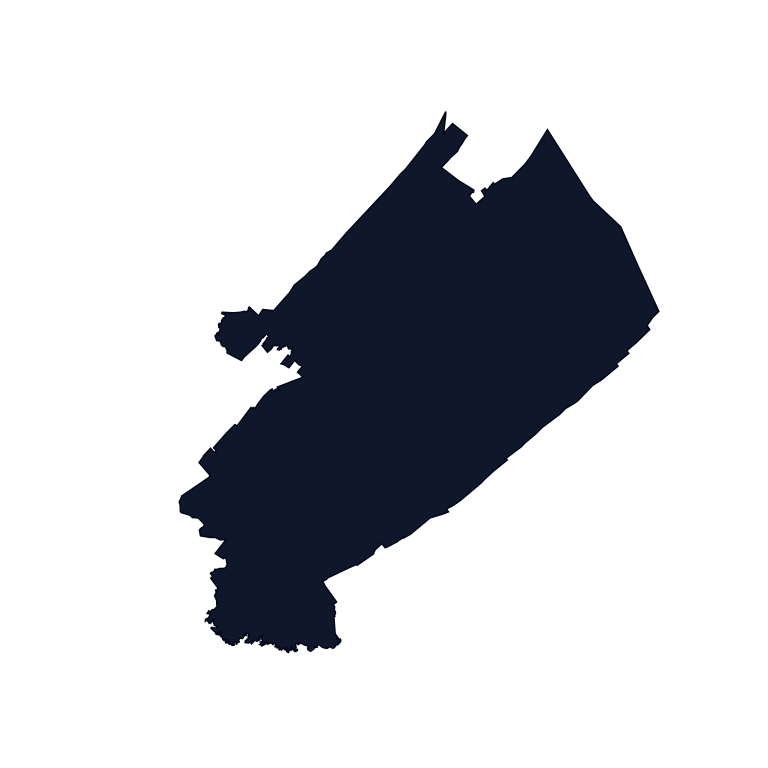 outline of Ciudad Valles, San Luis Potosí, Mexico, rotated 54°
{"feature_id": "50627088B67869096393149", "entity_name": "Ciudad Valles", "entity_type": "district", "adm_level": 2, "iso_a3": "MEX", "parent_name": "Mexico", "parent_adm1": "San Luis Potosí", "projection": "natural_earth1", "projection_center": [-99.028, 22.078], "detail": "fine", "context": "isolated", "style": "filled", "palette": "ink", "viewbox_px": 768, "rotation_deg": 54, "n_neighbors": 0, "source": "geoboundaries", "source_scale": "gbopen_adm2", "svg_char_len": 6170}
<svg xmlns="http://www.w3.org/2000/svg" viewBox="0 0 768 768"><g transform="rotate(54 384 384)"><path d="M239.5,324.9L244.9,347.6L244.2,354.0L245.2,355.7L245.8,360.9L249.2,368.4L249.5,372.2L249.3,377.4L250.4,383.6L251.3,398.5L254.6,406.6L259.8,430.1L252.5,438.3L255.2,445.4L242.6,447.7L242.6,448.6L244.2,450.0L244.9,452.4L242.6,455.1L242.6,455.8L240.8,459.3L237.8,464.1L230.8,472.8L231.7,473.8L235.1,471.9L236.6,473.2L236.1,474.9L237.1,478.1L238.4,478.7L239.3,481.3L238.2,481.6L238.5,482.8L241.3,484.4L242.8,483.5L245.1,486.8L244.7,489.6L245.2,490.0L245.8,489.2L246.7,489.1L245.4,491.5L245.8,492.5L250.6,493.8L253.0,491.2L253.5,491.7L254.2,491.5L256.6,492.5L258.8,492.3L260.4,490.4L265.0,491.3L266.6,492.7L281.3,485.4L280.0,481.7L278.1,464.0L276.5,458.7L275.2,456.5L275.4,454.3L274.3,449.4L278.4,449.3L278.0,451.3L278.4,452.3L278.8,452.2L280.3,457.8L281.4,457.3L281.2,460.0L289.8,459.6L289.4,454.5L288.1,451.3L288.9,449.2L290.0,448.4L290.5,446.5L291.4,446.0L292.1,446.4L293.3,449.9L293.1,450.3L295.0,448.8L294.7,447.1L295.3,446.9L294.5,445.1L295.8,439.5L299.5,440.5L300.3,438.9L300.9,438.9L302.4,437.8L303.6,440.2L305.3,441.0L306.5,444.3L304.2,444.7L307.2,455.5L308.7,454.0L314.9,451.3L312.4,442.4L318.6,441.4L318.4,440.9L321.9,439.7L323.0,445.2L323.8,447.1L326.7,446.2L330.3,445.8L330.4,445.4L330.9,445.4L323.8,472.0L326.0,471.6L327.2,471.9L326.3,472.5L325.0,472.5L324.5,477.5L323.4,477.9L322.5,477.3L322.0,479.1L323.1,488.0L325.8,497.3L328.0,502.6L326.0,503.6L326.8,505.1L324.8,505.5L331.5,527.1L329.2,528.7L331.0,539.8L335.4,559.4L339.7,558.9L339.5,561.6L334.0,562.1L336.1,572.4L336.9,573.6L338.8,579.8L355.5,578.4L356.7,580.5L355.7,613.5L357.3,615.6L359.1,619.1L362.3,620.1L367.1,623.5L368.8,623.7L376.1,618.1L379.4,617.5L382.7,613.6L383.8,612.9L391.1,611.9L392.5,612.4L393.3,613.5L393.1,616.8L393.6,619.2L399.0,621.7L405.9,614.9L408.9,610.8L413.8,608.2L415.3,605.8L417.4,603.8L417.6,605.3L421.9,620.3L430.9,616.7L431.4,613.9L438.0,617.0L438.4,618.4L439.7,619.4L438.9,622.3L436.7,625.3L435.9,628.0L434.5,629.8L435.6,631.4L435.7,632.8L435.0,634.3L435.2,635.8L438.8,635.6L439.5,636.3L439.7,637.6L439.0,637.6L439.4,638.3L450.0,638.3L450.6,637.2L452.9,640.8L451.8,641.3L451.9,641.6L453.8,641.9L455.7,645.5L461.1,646.7L463.9,648.8L465.8,649.7L466.6,653.5L465.6,656.1L466.2,657.9L465.6,658.7L464.6,659.0L465.7,662.0L467.9,659.8L468.6,660.7L469.5,662.1L470.0,664.7L469.5,666.4L469.8,667.1L470.9,667.9L470.8,667.1L471.3,666.3L473.0,665.8L474.6,666.1L475.5,665.5L475.2,663.5L473.8,661.1L474.6,660.1L475.8,660.5L475.6,662.0L477.1,661.7L477.7,662.6L478.6,662.1L479.3,663.1L482.8,661.4L483.1,661.8L482.9,663.0L482.3,663.9L479.5,666.6L479.7,667.3L480.3,667.5L486.0,666.4L487.9,666.9L488.8,665.9L487.9,665.5L488.4,664.8L488.0,662.3L489.4,662.6L489.4,663.1L490.0,663.3L489.6,664.4L489.9,665.0L491.4,663.8L492.3,664.5L493.8,663.7L495.9,664.5L497.3,664.3L497.5,662.8L498.7,661.8L499.1,663.8L500.3,664.2L500.7,664.0L500.8,662.9L501.9,662.4L501.1,661.6L501.2,661.0L502.7,661.0L503.3,662.2L503.7,662.3L504.3,660.7L506.3,660.5L507.0,659.2L507.1,658.6L506.7,658.1L505.1,658.6L505.6,656.3L506.7,655.4L507.5,656.4L507.8,656.1L507.0,653.7L507.6,652.9L507.4,652.6L506.2,652.6L505.6,651.6L504.8,651.2L505.5,649.3L506.6,648.3L506.7,647.8L505.8,645.5L504.8,645.1L505.7,644.4L505.7,643.6L506.6,643.0L505.1,642.6L504.5,643.3L504.1,642.6L504.2,641.8L506.8,640.7L507.2,639.9L507.7,641.2L509.8,643.2L510.5,647.6L511.6,648.3L514.0,645.7L514.1,643.8L515.5,643.9L514.4,643.0L514.3,641.9L516.1,642.7L515.9,641.2L515.3,640.7L516.0,638.6L517.6,637.9L517.0,636.0L517.8,636.0L518.0,634.9L517.0,634.1L516.8,633.3L515.5,633.0L516.7,631.5L515.8,630.6L516.0,630.0L517.2,630.8L518.4,632.9L519.5,632.6L520.8,633.6L520.0,635.9L521.9,636.3L521.8,637.6L522.9,636.8L524.1,636.9L524.4,634.8L523.7,634.8L524.6,633.6L524.4,633.3L523.4,633.3L523.9,632.0L523.5,630.9L524.8,631.9L524.7,630.1L525.3,629.9L526.2,630.8L527.0,627.4L528.0,626.9L528.8,627.3L529.5,627.0L529.3,625.5L529.7,624.5L530.3,624.9L531.6,624.2L532.5,624.6L531.9,625.9L532.3,626.6L533.6,625.6L534.7,625.7L535.1,624.2L534.5,623.9L534.7,623.4L536.2,624.1L537.1,623.7L536.9,624.9L537.5,625.0L537.9,623.5L539.1,623.3L538.3,621.2L539.6,619.3L539.4,618.4L540.2,618.7L540.4,620.5L541.1,619.9L540.9,618.1L541.2,617.7L542.0,618.0L542.5,619.8L543.6,619.9L545.1,619.1L544.9,618.4L543.9,618.0L543.3,616.3L544.6,616.1L544.8,615.3L542.7,614.6L542.4,613.8L542.7,613.1L544.7,613.7L547.9,613.4L548.6,612.4L548.7,611.3L548.6,610.6L547.8,610.2L547.0,611.2L546.2,611.5L545.5,609.9L543.0,609.0L542.6,607.8L542.7,606.6L543.2,606.1L544.2,606.8L544.5,606.4L544.5,603.5L548.1,602.0L551.8,599.2L552.7,601.0L553.8,601.5L554.5,601.7L557.1,600.5L557.2,596.8L556.4,594.8L557.6,593.0L557.5,592.4L556.4,591.4L556.7,589.8L560.9,588.6L564.3,585.7L564.9,581.9L566.8,581.4L568.1,579.9L567.6,577.4L566.7,576.7L567.7,574.8L567.0,570.8L565.8,569.5L564.5,569.3L562.8,572.3L562.0,572.1L561.9,571.6L562.7,570.8L562.5,570.4L557.3,570.3L543.1,561.5L543.1,560.3L542.3,560.1L540.6,557.7L540.0,557.7L539.4,557.1L538.1,557.3L535.0,554.8L532.6,554.8L532.5,550.5L512.3,550.4L507.6,549.5L508.2,545.9L508.2,545.2L507.8,545.2L507.9,542.7L512.1,520.3L513.8,512.3L514.9,512.3L515.3,492.5L513.0,488.9L511.9,479.6L517.1,479.3L517.6,477.9L519.4,465.8L519.1,465.7L519.6,458.2L520.1,458.5L521.1,451.1L519.4,425.5L524.0,412.2L525.3,407.0L521.8,406.8L522.9,399.8L523.1,390.3L521.1,363.4L520.2,358.5L518.8,346.5L517.9,328.9L515.8,329.3L515.5,309.7L514.6,305.4L513.6,291.0L512.1,281.4L511.8,259.7L510.5,251.7L511.5,240.5L511.5,237.2L507.8,216.1L508.5,205.6L507.1,184.1L504.1,184.1L503.1,167.9L499.8,168.1L498.7,154.7L496.1,137.0L491.3,136.8L488.1,127.6L486.8,119.0L434.8,108.5L395.9,100.1L359.0,107.2L353.3,107.3L274.3,102.3L286.2,131.4L289.1,141.1L292.1,159.3L287.9,167.4L287.4,177.1L285.3,177.3L287.9,187.0L284.9,187.2L285.0,191.5L291.5,192.0L292.8,203.9L282.3,204.5L281.1,202.3L280.9,200.0L281.5,198.9L280.0,197.3L263.0,204.3L242.5,210.3L240.6,199.6L240.0,197.9L238.9,187.8L236.5,183.4L235.6,180.1L233.1,174.6L232.0,170.5L213.6,175.5L216.3,188.5L202.7,176.0L199.9,173.9L211.3,196.1L213.0,207.1L214.4,210.1L222.9,240.5L223.8,247.2L227.7,263.1L239.5,324.9Z" fill="#0f172a" stroke="#020617" stroke-width="1.5"/></g></svg>